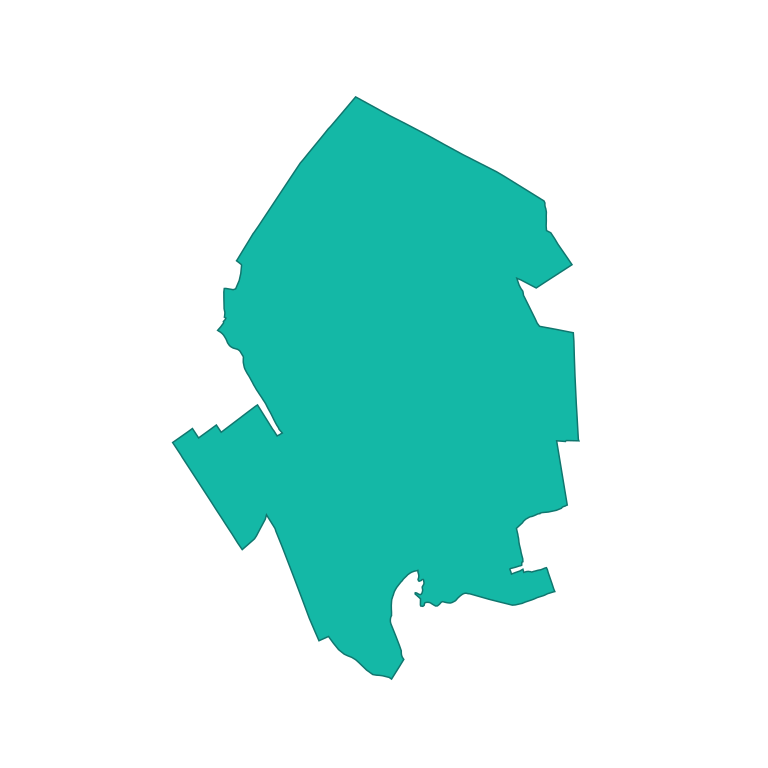 the district of SAG, Timis, Romania, rotated 69°
{"feature_id": "2599482B10512528259578", "entity_name": "SAG", "entity_type": "district", "adm_level": 2, "iso_a3": "ROU", "parent_name": "Romania", "parent_adm1": "Timis", "projection": "natural_earth1", "projection_center": [21.184, 45.66], "detail": "fine", "context": "isolated", "style": "filled", "palette": "teal", "viewbox_px": 768, "rotation_deg": 69, "n_neighbors": 0, "source": "geoboundaries", "source_scale": "gbopen_adm2", "svg_char_len": 5702}
<svg xmlns="http://www.w3.org/2000/svg" viewBox="0 0 768 768"><g transform="rotate(69 384 384)"><path d="M662.2,482.7L653.1,470.6L648.2,464.2L647.1,464.5L645.5,464.8L644.0,464.8L642.6,464.6L640.9,464.1L639.3,463.5L633.6,463.3L624.7,463.3L617.6,463.4L611.1,463.5L610.1,463.5L608.6,463.3L607.5,463.0L605.8,462.3L604.5,461.5L603.5,460.7L603.0,460.0L601.9,459.6L599.6,458.7L597.1,457.9L593.5,456.6L590.0,455.0L588.0,454.0L586.4,452.7L585.2,451.8L584.3,450.9L583.2,450.1L581.6,448.8L580.1,447.1L578.5,445.1L576.9,442.5L574.9,439.1L574.2,437.5L573.7,436.8L573.0,435.7L572.1,433.6L571.4,431.9L570.6,430.3L570.1,428.4L569.8,427.1L569.6,425.7L569.6,424.0L569.6,422.7L569.8,421.6L570.1,420.1L570.1,419.2L572.2,419.8L573.0,419.8L574.5,420.0L575.4,420.2L576.8,420.8L577.8,421.6L578.7,422.3L580.0,422.3L580.7,421.9L580.8,419.8L580.2,418.5L580.6,417.4L581.2,417.3L581.9,417.5L584.0,417.9L585.0,418.5L585.6,419.1L586.3,420.0L587.2,421.1L588.4,421.4L589.7,421.6L590.8,422.0L591.8,422.7L592.6,423.3L593.6,424.6L593.6,425.7L592.8,426.8L591.3,428.0L590.8,428.4L590.1,429.6L591.1,430.2L591.9,429.8L592.2,429.7L593.3,429.0L594.2,428.7L594.9,428.2L595.4,428.0L597.6,426.9L603.3,429.2L604.4,429.3L605.5,427.4L605.0,425.8L603.7,425.0L602.9,424.2L603.0,423.2L603.2,422.1L603.9,420.5L604.8,419.2L606.1,418.3L608.7,416.3L609.8,415.3L610.3,413.6L609.5,411.2L608.2,408.7L608.2,407.2L609.6,405.3L610.9,403.3L612.2,400.7L612.4,398.9L612.2,396.8L612.0,395.4L612.0,395.1L611.7,394.4L610.3,391.8L609.2,389.0L608.6,387.0L608.3,385.4L608.3,384.1L608.4,383.3L608.8,382.2L609.9,380.6L610.6,379.1L622.7,363.0L628.5,354.8L633.1,348.2L636.4,343.5L637.3,340.6L637.7,337.8L638.3,333.7L638.2,330.2L638.5,323.6L638.5,320.5L638.3,317.4L638.5,314.3L638.7,311.3L638.7,309.5L638.5,307.6L638.4,306.1L638.6,303.8L638.7,301.8L638.9,299.6L639.0,298.9L636.6,299.0L634.3,298.9L630.4,298.7L624.4,298.5L618.9,298.3L615.8,298.0L613.7,298.2L613.5,300.0L613.6,302.6L613.6,304.5L613.3,305.6L613.0,307.6L612.8,310.0L612.6,311.3L612.5,313.5L611.6,314.6L611.3,315.3L610.7,316.3L610.2,318.0L610.1,319.5L610.0,321.0L606.7,320.7L607.3,324.4L607.2,325.8L607.1,329.1L607.1,331.7L607.1,333.1L604.7,332.9L601.9,332.9L601.6,332.0L601.8,330.5L602.2,326.8L602.4,322.7L602.6,321.7L602.6,320.4L599.8,319.2L599.7,318.0L596.9,317.1L594.0,316.8L590.5,316.4L588.0,315.9L582.5,315.2L579.6,314.6L577.5,314.0L575.8,313.6L574.2,313.4L573.4,313.2L572.0,312.9L570.3,312.7L566.2,312.1L563.2,304.5L562.1,302.9L561.0,300.1L560.6,297.4L560.3,295.5L560.7,293.0L560.7,291.3L560.6,288.9L560.4,287.0L560.9,284.8L560.5,284.5L560.7,282.5L562.4,276.5L563.7,268.3L563.6,263.8L563.6,263.1L563.3,262.4L562.9,261.7L562.8,261.1L562.8,259.3L562.9,258.8L562.7,257.8L562.7,256.3L498.9,243.2L502.4,235.8L502.7,235.3L502.1,234.1L506.9,222.4L505.3,222.4L481.0,214.6L471.2,211.5L457.9,207.1L445.2,202.9L426.6,196.5L412.1,191.4L404.0,188.9L395.2,202.9L385.9,218.1L382.1,219.2L377.3,219.5L352.8,221.8L351.3,222.0L350.4,221.8L349.1,221.5L347.5,221.2L347.0,221.2L346.8,221.2L344.3,221.9L342.1,222.2L340.2,222.4L336.9,222.3L332.9,222.1L335.8,219.0L348.9,207.5L347.0,198.8L340.0,165.7L328.6,168.4L315.9,171.5L310.0,172.5L302.6,174.1L299.0,177.3L294.6,176.0L289.9,174.0L285.0,172.2L281.7,170.8L278.1,170.1L277.2,170.1L276.0,170.0L274.4,169.6L272.7,168.9L270.5,169.0L244.4,188.8L235.7,195.4L226.5,202.6L206.5,220.6L198.3,228.0L181.3,242.5L167.8,253.8L149.8,269.6L135.5,282.5L116.3,298.7L105.8,307.6L114.0,322.5L118.6,330.9L124.0,340.8L125.1,343.0L125.7,344.4L130.2,352.1L141.4,371.8L145.8,379.4L147.6,382.8L158.0,397.5L172.4,417.7L184.0,434.0L191.8,444.9L196.2,451.4L196.6,452.2L197.8,453.7L202.6,459.9L207.2,465.9L216.1,477.4L215.5,477.9L218.7,475.9L221.3,474.4L222.1,474.4L229.5,478.1L235.5,482.1L242.0,488.4L241.9,491.0L240.7,493.0L238.1,497.4L237.6,498.9L240.8,500.6L242.5,501.2L245.9,502.5L250.9,504.3L254.8,505.7L256.1,506.2L257.6,506.5L258.9,506.7L259.7,506.8L260.7,507.1L263.9,508.7L264.3,509.1L265.8,508.0L267.0,509.3L267.9,511.2L268.1,511.6L268.7,511.6L269.3,511.9L269.7,512.1L270.0,512.5L270.2,513.0L270.4,513.3L270.9,514.0L271.0,514.3L271.2,514.6L271.8,515.4L274.3,520.1L276.0,518.9L276.9,518.1L277.7,517.7L278.9,517.0L281.0,516.2L282.1,516.0L283.6,515.7L285.5,515.4L287.5,515.3L289.4,515.3L291.2,514.9L292.7,514.5L293.7,514.0L294.5,513.5L296.1,512.2L296.8,511.4L297.9,509.9L298.5,509.2L298.9,508.5L299.4,508.1L300.5,507.3L301.0,507.0L302.1,506.6L303.3,506.4L306.8,505.8L307.4,505.6L308.8,505.7L309.5,506.1L312.0,507.1L313.3,507.6L314.3,507.8L317.9,508.4L318.8,508.5L320.2,508.5L322.2,508.3L325.2,507.9L328.0,507.3L331.4,506.8L333.1,506.6L335.1,506.3L338.1,506.0L341.0,505.5L343.6,505.1L346.2,504.5L348.6,504.0L352.9,503.0L356.0,502.4L358.1,501.9L360.5,501.5L362.8,501.3L365.5,501.0L368.4,500.6L369.5,500.4L373.2,500.0L378.0,499.6L381.5,499.2L384.3,498.8L386.1,498.4L387.5,498.2L388.7,498.2L389.5,497.9L393.0,496.6L393.3,496.5L393.6,498.4L393.9,499.7L394.0,500.9L394.0,501.6L394.2,502.4L390.6,503.1L388.5,503.5L386.5,504.1L384.6,504.5L383.3,504.7L382.6,504.9L380.3,505.3L368.4,507.6L358.2,509.6L358.7,511.9L360.9,519.6L365.1,534.0L369.5,549.1L370.7,553.3L362.2,555.2L364.3,562.9L367.9,576.4L356.9,578.8L358.4,584.4L362.9,602.3L377.4,599.1L380.4,598.6L390.1,596.5L403.2,593.7L411.7,591.9L432.4,587.5L441.7,585.6L451.8,583.4L458.2,582.1L470.1,579.5L479.9,577.6L486.7,576.0L487.8,575.7L483.0,562.6L482.1,560.3L480.0,557.4L474.8,551.5L467.8,543.4L464.0,540.6L479.9,537.5L482.7,537.7L500.3,537.4L530.4,537.4L534.3,537.4L555.4,537.5L575.8,537.7L589.3,537.2L600.4,536.7L599.8,526.3L608.0,524.1L615.7,521.6L621.9,518.0L624.6,515.4L627.6,512.1L631.2,509.3L635.3,507.2L644.8,502.8L651.2,498.6L653.0,495.6L654.3,492.8L655.8,490.0L659.8,484.3L662.2,482.7Z" fill="#14b8a6" stroke="#0f766e" stroke-width="1.5"/></g></svg>